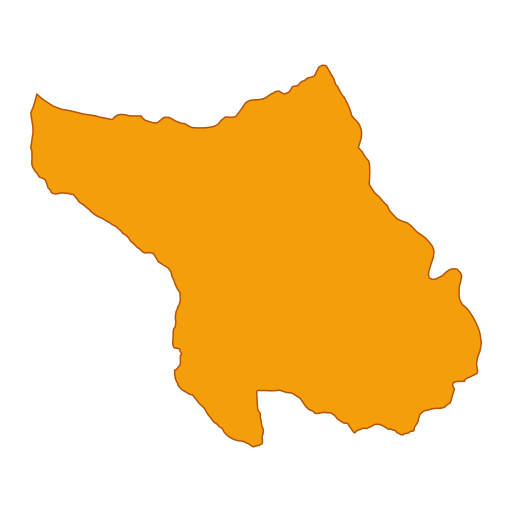 Dorokha, Samchi, Bhutan (Equal Earth projection)
{"feature_id": "84629894B5574782149545", "entity_name": "Dorokha", "entity_type": "district", "adm_level": 2, "iso_a3": "BTN", "parent_name": "Bhutan", "parent_adm1": "Samchi", "projection": "equal_earth", "projection_center": [89.195, 26.97], "detail": "fine", "context": "isolated", "style": "filled", "palette": "amber", "viewbox_px": 512, "rotation_deg": 0, "n_neighbors": 0, "source": "geoboundaries", "source_scale": "gbopen_adm2", "svg_char_len": 5856}
<svg xmlns="http://www.w3.org/2000/svg" viewBox="0 0 512 512"><path d="M51.3,192.6L53.2,193.5L55.8,194.0L58.5,193.5L61.8,192.8L64.8,193.2L67.9,193.4L70.5,194.0L73.3,194.5L74.7,196.1L77.0,198.8L78.4,201.0L80.1,202.7L83.5,204.9L86.7,207.7L89.4,209.6L90.5,211.2L94.6,214.5L98.1,216.6L101.3,218.0L103.3,218.9L106.3,220.9L109.7,222.7L111.8,224.4L115.7,226.3L117.9,228.2L120.8,230.7L122.7,233.3L126.0,235.2L128.8,238.1L130.3,240.9L132.3,242.5L134.9,245.0L137.1,247.2L141.1,250.2L141.9,251.3L144.4,252.9L150.0,252.6L153.2,253.4L154.5,255.2L156.3,258.3L158.4,261.9L161.0,263.4L164.1,265.5L167.9,267.7L170.1,270.5L171.3,272.9L171.9,276.1L173.0,278.5L174.1,280.6L174.9,283.5L176.6,287.2L177.6,289.1L178.8,291.0L179.9,292.4L180.0,294.8L180.3,298.1L180.3,299.9L179.7,302.8L179.1,305.1L177.9,306.6L177.2,309.3L176.2,311.3L175.5,315.0L175.3,318.2L175.8,321.7L175.6,324.2L175.1,327.2L173.9,328.5L173.2,331.5L173.1,336.6L172.8,341.3L172.6,342.6L172.8,344.0L173.1,345.9L173.9,347.5L174.8,347.9L176.7,348.3L178.2,348.5L179.6,349.2L180.0,350.4L180.2,351.6L181.1,352.4L181.5,354.0L180.5,355.4L180.3,357.4L180.4,361.7L180.0,365.0L177.8,367.7L176.5,369.3L174.6,370.2L174.7,374.3L175.4,378.6L176.4,381.2L177.7,383.6L178.2,385.8L182.0,389.8L189.7,394.3L192.6,395.0L195.9,399.1L198.5,402.6L201.9,406.0L203.9,407.6L207.9,414.4L210.7,417.9L214.3,422.6L216.2,423.3L219.3,426.7L222.2,428.4L224.0,431.9L226.5,434.7L229.3,437.1L233.7,439.4L237.6,440.6L240.8,441.0L243.5,441.4L245.7,442.6L248.7,443.8L251.5,446.0L253.3,446.8L255.8,446.0L259.0,445.4L261.7,443.9L262.5,442.7L262.4,439.6L262.0,436.8L263.1,433.5L263.4,430.2L263.1,429.0L261.7,425.5L261.2,421.2L260.3,417.0L260.3,415.3L260.3,413.4L258.9,411.6L258.0,409.9L257.6,407.6L257.3,404.6L257.0,398.3L256.7,394.9L256.8,392.1L257.4,390.7L258.6,390.3L260.5,390.6L264.0,390.5L266.1,390.6L271.0,390.8L276.2,390.6L278.3,390.1L280.1,390.3L282.7,391.3L286.7,392.5L290.1,392.8L292.3,393.2L294.9,394.9L297.3,396.5L299.0,397.5L300.5,398.8L305.8,406.5L306.7,407.4L309.0,409.6L311.0,410.4L312.8,411.0L314.6,413.0L316.6,413.6L319.2,413.2L321.2,412.8L322.4,412.5L324.6,412.5L328.0,412.7L330.9,412.9L332.8,414.2L334.6,415.4L336.8,418.0L337.8,419.4L339.7,420.4L341.7,421.8L344.0,423.1L346.2,423.2L347.7,423.5L349.2,425.9L350.2,427.5L353.1,431.5L354.3,432.8L355.8,432.0L357.4,430.3L359.5,429.6L360.8,429.3L362.2,428.5L363.5,428.2L366.8,428.5L367.8,428.0L368.8,427.4L370.5,426.9L372.7,425.7L374.5,424.5L376.7,424.3L378.8,424.3L379.7,424.6L380.9,424.9L382.6,425.6L383.7,426.3L385.2,427.2L388.5,429.3L389.8,429.1L390.9,429.1L392.3,429.8L393.4,430.0L394.5,430.4L395.4,430.7L396.8,432.4L398.2,433.2L399.5,433.6L400.6,434.7L402.0,434.8L403.1,434.9L404.0,433.7L405.7,433.6L407.2,433.3L408.4,433.0L409.2,432.3L411.0,431.2L412.8,431.3L414.0,430.2L414.2,428.5L414.5,427.4L415.1,426.1L416.3,424.5L417.2,423.3L418.2,421.2L418.4,419.5L418.9,417.4L419.7,415.3L420.2,414.1L422.7,411.8L424.8,410.7L426.4,410.3L428.4,410.0L431.3,409.0L434.6,408.5L438.1,408.2L439.6,408.4L443.3,407.7L444.8,407.0L447.2,404.7L450.2,403.0L451.5,398.7L453.4,392.3L454.2,389.9L454.1,388.2L453.2,387.0L452.6,385.3L453.2,382.9L455.1,381.9L457.7,381.4L464.5,381.3L464.5,380.1L466.6,378.5L471.5,376.2L476.9,373.5L477.7,371.1L477.0,367.7L476.6,364.1L476.8,361.4L477.8,356.4L479.8,351.5L480.5,348.6L481.3,342.8L480.1,334.1L478.9,329.8L476.4,323.8L473.5,317.9L468.8,310.7L466.1,307.6L462.3,304.6L459.7,299.6L459.1,296.9L459.0,293.3L459.2,286.3L460.4,282.7L461.7,276.2L460.7,273.1L457.4,269.3L454.9,268.8L451.8,269.0L448.7,270.2L446.0,272.2L442.5,275.6L435.9,279.0L432.4,279.4L429.4,278.0L428.5,275.2L428.8,271.5L430.3,266.4L433.2,257.6L434.0,252.2L433.5,249.1L432.5,246.5L429.1,242.0L425.6,238.2L421.0,234.6L417.1,232.1L411.2,225.9L408.8,224.0L407.5,223.0L401.6,221.0L397.1,218.8L394.2,215.8L389.8,211.0L387.1,205.4L383.6,202.1L379.3,196.9L374.9,193.1L372.9,190.2L371.7,188.5L369.2,184.4L369.6,176.5L369.8,171.1L369.5,165.4L369.3,163.9L368.8,161.2L365.1,156.8L363.3,153.7L362.7,152.4L361.3,150.8L358.3,147.6L359.0,145.5L359.3,144.4L361.0,138.9L361.2,137.6L361.4,135.8L361.6,134.3L361.5,132.1L361.5,130.7L360.7,128.1L359.4,124.7L358.5,123.4L355.9,120.2L354.8,119.4L353.2,117.6L351.5,115.1L351.0,112.7L349.8,109.3L348.0,104.8L346.9,102.3L345.9,101.0L345.4,99.7L344.1,97.3L342.9,95.9L342.1,95.1L340.6,92.4L339.3,90.1L338.6,88.8L338.0,87.2L335.6,84.2L333.7,78.6L330.7,73.5L326.4,66.0L324.1,65.2L322.0,65.4L320.1,66.3L318.8,67.3L316.5,71.7L314.7,75.3L313.9,76.3L311.0,77.3L307.2,78.2L305.0,80.2L304.1,80.7L302.0,81.4L300.0,82.9L298.3,85.1L297.0,85.7L295.6,86.1L293.7,86.2L292.1,87.0L291.5,88.3L290.2,90.6L288.5,92.3L286.1,93.3L284.7,94.0L283.1,93.5L281.3,92.6L279.0,91.1L277.0,91.3L274.8,91.9L273.8,92.8L271.0,94.1L270.0,94.7L265.8,97.6L264.1,98.4L262.3,99.1L260.0,99.5L257.3,99.7L255.6,99.8L250.8,100.2L247.3,101.6L245.2,103.3L242.8,106.9L241.6,108.8L239.5,111.6L237.4,114.5L236.0,116.2L234.2,117.0L233.1,117.1L230.8,117.3L228.9,117.1L226.3,116.9L224.7,117.4L222.1,119.7L220.9,120.7L218.2,124.2L214.9,126.0L211.5,127.0L204.9,127.8L198.2,127.9L192.8,127.6L190.6,127.1L189.1,126.2L184.6,123.6L181.0,123.2L176.0,121.2L172.5,119.3L171.0,118.3L169.3,117.6L167.2,117.2L164.6,117.3L162.8,118.2L160.5,120.2L158.5,121.9L157.3,122.5L156.0,123.0L153.6,122.8L151.4,122.3L148.1,121.2L145.2,120.3L142.7,118.2L141.1,116.0L139.2,115.9L137.9,116.0L135.4,116.0L131.5,115.9L128.9,115.7L125.9,114.9L121.5,114.4L118.1,114.9L115.4,116.3L112.2,119.6L110.1,119.1L98.9,116.9L95.4,115.8L83.2,114.0L70.1,110.7L61.7,109.3L53.6,106.3L44.7,100.7L40.7,97.6L36.9,94.2L35.5,99.5L33.3,106.9L31.2,111.8L30.9,112.8L31.1,116.1L31.8,119.6L32.4,123.9L33.0,127.9L33.0,133.5L32.3,136.8L32.0,139.8L30.7,147.6L31.9,151.2L31.9,155.0L32.0,158.2L31.8,162.0L32.0,165.1L33.0,167.7L35.4,171.7L36.7,172.8L38.6,175.7L39.5,177.2L42.6,178.1L45.5,180.0L46.1,181.9L48.0,187.7L50.4,190.2L51.3,192.6Z" fill="#f59e0b" stroke="#b45309" stroke-width="1.5"/></svg>